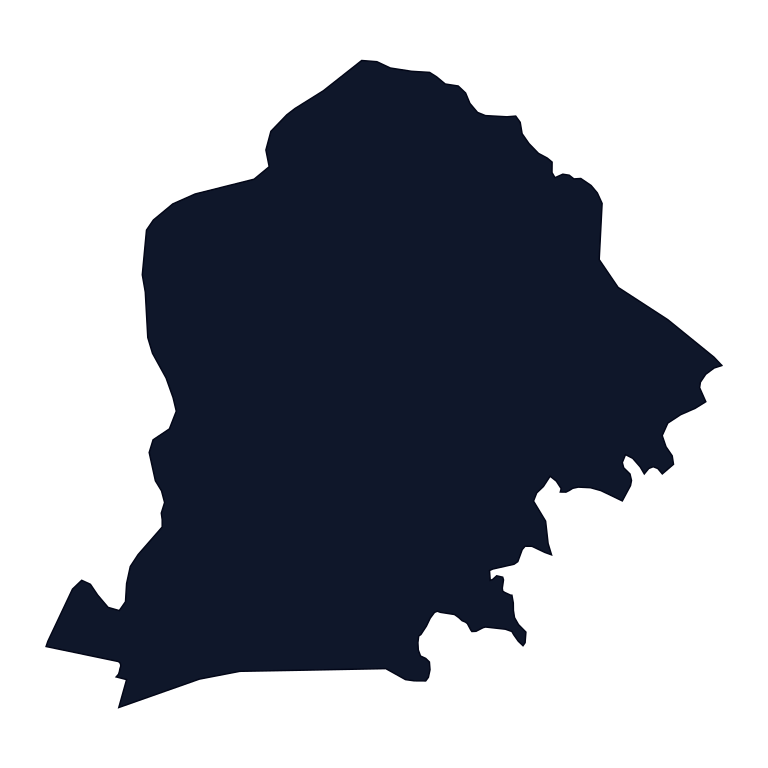 outline of Kompienga
{"feature_id": "BFA-2183", "entity_name": "Kompienga", "entity_type": "Province", "adm_level": 1, "iso_a3": "BFA", "parent_name": "Burkina Faso", "parent_adm1": "", "projection": "orthographic", "projection_center": [0.977, 11.426], "detail": "fine", "context": "isolated", "style": "filled", "palette": "ink", "viewbox_px": 768, "rotation_deg": 0, "n_neighbors": 0, "source": "natural_earth", "source_scale": "10m", "svg_char_len": 2372}
<svg xmlns="http://www.w3.org/2000/svg" viewBox="0 0 768 768"><path d="M721.9,365.5L714.1,368.0L705.7,374.3L700.4,382.2L699.6,387.7L705.8,401.7L695.2,408.3L680.6,414.7L667.8,423.1L662.2,435.6L666.0,446.8L672.2,455.8L673.5,464.3L662.3,473.9L657.8,468.5L653.2,466.7L648.7,468.5L644.3,473.9L640.2,466.9L632.7,458.3L625.5,454.6L622.3,462.5L623.7,467.8L630.0,474.0L631.5,480.5L630.5,485.6L622.3,500.9L600.9,490.6L590.5,487.7L578.3,487.1L572.7,488.3L569.4,490.4L566.0,492.1L560.3,492.0L561.2,488.6L556.3,481.1L550.1,476.2L543.4,486.5L536.7,492.9L533.5,501.1L545.6,521.1L548.1,543.5L551.5,554.8L544.8,552.4L532.0,546.3L525.1,546.2L522.2,549.6L517.8,561.6L514.1,564.2L492.9,569.0L489.5,570.5L490.2,580.4L492.6,579.5L496.7,575.8L502.7,577.2L503.5,579.9L502.3,588.1L502.7,591.1L504.6,592.4L510.7,595.2L511.9,595.2L513.3,603.0L513.4,610.4L514.5,617.6L518.5,624.6L525.9,632.1L525.1,642.7L523.0,645.7L518.3,641.2L513.7,634.7L511.9,631.5L505.4,629.2L485.5,627.0L483.0,627.7L476.0,631.3L471.9,631.5L470.8,630.0L467.4,623.6L465.5,622.1L462.1,620.7L458.8,617.6L454.5,614.5L440.3,612.3L437.3,611.2L434.5,612.4L430.2,618.2L426.4,626.1L420.9,634.5L418.7,636.0L417.9,642.6L418.3,650.0L420.5,656.0L425.7,658.4L429.4,662.0L430.0,669.7L428.4,677.3L425.7,680.9L414.1,680.8L405.5,679.6L385.8,668.6L302.0,670.2L239.9,671.3L199.4,679.1L118.8,707.5L126.6,679.6L116.2,676.9L118.5,674.3L119.4,671.6L119.9,668.9L120.8,666.0L120.5,663.9L119.6,662.4L118.2,661.5L46.1,646.5L47.9,641.2L72.5,589.1L81.7,580.3L90.4,584.3L97.7,595.1L108.1,607.4L119.3,610.6L125.5,601.7L126.6,583.5L130.3,566.5L138.1,554.6L162.2,527.0L162.2,519.7L161.3,513.1L164.6,502.5L161.5,490.8L155.4,480.8L149.2,452.5L153.1,439.8L169.4,428.9L176.3,411.2L173.1,397.7L166.1,378.0L152.5,353.3L147.8,337.6L145.3,292.1L142.3,274.8L146.5,230.1L153.4,220.0L172.8,203.9L195.1,194.0L254.1,179.2L269.2,166.7L265.9,150.0L270.9,131.3L286.8,114.8L295.0,108.5L323.3,90.8L361.7,60.5L376.9,61.7L390.3,68.0L411.5,71.3L429.6,72.4L436.8,77.0L445.2,84.0L458.2,86.0L465.6,93.0L469.9,103.4L477.5,112.4L485.4,115.6L506.9,116.8L515.7,116.1L520.2,122.3L522.1,133.7L529.0,143.6L538.5,153.4L547.3,158.1L552.1,162.1L552.0,172.6L555.0,177.7L562.8,174.2L569.2,175.2L573.9,178.9L580.8,178.5L591.1,185.5L597.3,192.9L602.1,203.4L599.2,259.6L618.1,287.4L667.8,319.7L714.0,357.2L720.9,364.5L721.8,365.3L721.9,365.5Z" fill="#0f172a" stroke="#020617" stroke-width="1.5"/></svg>